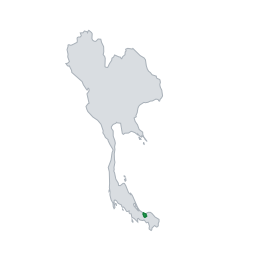 location of Thepha, Songkhla, Thailand, rotated 345°
{"feature_id": "78962969B41607332504146", "entity_name": "Thepha", "entity_type": "district", "adm_level": 2, "iso_a3": "THA", "parent_name": "Thailand", "parent_adm1": "Songkhla", "projection": "equal_earth", "projection_center": [100.93, 6.797], "detail": "fine", "context": "in_parent", "style": "filled", "palette": "green", "viewbox_px": 256, "rotation_deg": 345, "n_neighbors": 0, "source": "geoboundaries", "source_scale": "gbopen_adm2", "svg_char_len": 4608}
<svg xmlns="http://www.w3.org/2000/svg" viewBox="0 0 256 256"><g transform="rotate(345 128 128)"><path d="M113.4,24.5L113.6,25.5L114.4,24.2L115.4,23.5L117.5,26.4L117.8,27.7L116.3,32.3L116.5,33.9L117.5,35.1L118.6,35.9L119.9,35.7L122.2,34.3L124.7,35.2L124.6,38.3L125.5,43.2L124.3,48.2L123.0,50.7L124.0,52.9L124.0,54.9L121.6,62.8L122.1,63.4L123.6,64.2L124.3,64.0L126.9,60.9L129.7,58.5L130.6,56.4L132.4,55.8L134.0,54.0L137.8,57.1L138.8,57.4L139.2,57.9L139.4,59.3L139.9,59.5L141.4,57.7L144.0,56.5L145.0,53.8L146.2,53.0L146.0,51.7L146.4,51.2L148.5,51.0L151.7,52.5L152.8,52.8L153.3,52.4L158.4,61.1L161.7,64.5L162.5,66.7L161.8,72.6L161.9,75.9L162.6,78.5L164.0,80.3L165.0,82.8L168.8,85.3L168.5,85.9L168.8,87.5L171.1,89.3L171.3,89.9L171.1,92.3L170.0,94.1L169.8,95.6L169.8,97.4L170.4,100.2L169.7,105.9L168.3,107.5L166.5,108.6L165.5,110.2L164.8,109.8L164.4,108.2L162.4,107.3L158.5,108.2L156.6,107.8L154.0,108.3L151.4,108.1L149.9,107.4L145.7,108.7L144.0,109.8L142.7,111.5L140.8,115.6L138.8,118.2L138.9,119.3L136.5,119.9L136.6,123.5L138.0,127.4L138.4,132.3L141.1,135.8L140.6,138.2L140.9,140.6L143.0,146.0L141.5,143.4L141.2,141.7L139.4,139.0L138.8,140.3L136.8,138.2L135.9,136.2L135.6,137.1L133.5,134.3L131.4,132.7L130.2,132.0L127.2,133.0L123.5,132.2L122.0,133.0L121.5,132.5L121.1,131.7L122.1,121.5L118.9,120.2L118.3,119.5L117.6,120.3L114.5,120.7L112.2,122.6L111.9,124.1L112.9,127.0L111.6,132.0L112.0,136.8L111.8,139.4L110.2,142.7L109.8,145.4L108.0,149.5L106.8,154.7L106.5,157.7L104.3,162.3L103.8,164.9L103.1,165.8L103.4,167.9L103.0,174.2L104.3,178.8L104.0,180.9L105.5,181.7L109.0,180.2L110.2,180.6L110.9,183.1L111.8,190.6L113.3,192.9L113.6,191.8L114.3,193.0L114.9,195.2L116.7,207.1L117.7,210.2L116.6,209.4L115.9,205.6L114.9,205.5L115.3,203.1L114.6,202.3L113.6,203.0L113.6,204.8L116.4,210.7L118.1,210.9L120.3,213.5L122.7,215.4L125.8,214.7L127.9,215.3L129.1,216.9L131.1,221.0L134.3,224.3L133.8,226.4L132.5,228.1L131.9,230.3L131.0,231.0L129.8,231.0L128.5,229.1L125.3,230.8L124.6,232.5L123.8,233.0L122.3,231.1L122.5,230.0L123.3,228.4L123.1,224.3L121.2,224.3L119.9,221.2L119.5,220.9L118.6,221.3L115.6,219.9L114.7,218.0L113.8,218.1L113.1,221.4L110.5,217.0L108.6,215.2L108.9,211.9L107.6,211.2L107.1,210.3L107.6,208.3L105.9,208.6L105.0,208.1L104.0,204.5L103.2,203.1L102.1,203.1L101.7,202.4L101.8,200.7L99.0,198.2L98.1,195.4L96.8,194.1L95.9,194.5L95.1,196.5L94.4,196.4L93.8,195.8L93.1,193.0L93.2,188.0L94.1,185.2L94.6,180.6L95.9,176.7L98.6,165.4L98.7,161.0L103.3,154.6L106.4,147.4L107.4,146.3L107.9,145.0L106.3,139.1L105.5,135.1L105.7,134.0L103.7,131.3L103.2,128.2L102.7,127.2L102.5,126.1L103.3,124.3L102.9,117.4L100.7,112.7L96.9,108.3L93.5,101.8L93.1,99.6L93.0,96.3L95.7,94.2L96.8,94.0L97.2,84.4L99.6,82.5L100.1,81.7L100.4,80.1L99.8,79.2L98.3,80.8L98.0,80.4L96.1,74.7L95.7,71.3L88.1,59.8L88.4,57.8L87.4,52.8L86.2,52.8L85.5,51.9L84.7,49.6L86.2,49.9L88.6,48.7L88.2,43.8L89.2,41.1L89.4,36.5L91.2,33.7L91.5,32.4L92.5,32.2L93.8,33.2L95.2,33.3L100.9,32.1L101.6,30.8L102.0,28.3L102.5,27.5L103.8,27.3L105.3,27.8L106.8,26.8L106.5,23.8L109.2,24.4L111.0,23.0L113.4,24.5ZM95.2,197.8L94.8,201.5L93.7,202.3L93.4,200.1L94.0,196.7L94.3,197.5L95.2,197.8ZM112.7,176.3L112.5,178.1L111.5,178.7L111.3,176.7L112.7,176.3ZM136.5,139.8L137.7,142.3L136.3,142.1L136.1,139.7L136.5,139.8ZM108.3,220.3L107.7,219.2L108.2,217.5L108.7,219.6L108.3,220.3ZM97.0,198.2L96.8,200.2L96.2,197.5L97.0,198.2ZM112.7,174.7L112.2,174.5L111.7,173.4L112.4,173.4L112.7,174.7ZM101.7,204.3L102.3,206.6L101.6,205.5L101.7,204.3ZM139.6,146.5L139.4,147.9L138.8,147.3L139.2,146.2L139.6,146.5ZM93.9,183.6L93.3,184.1L93.8,182.7L93.9,183.6Z" fill="#d9dde1" stroke="#a8b0b8" stroke-width="1"/><path d="M120.4,217.0L120.5,217.2L120.5,217.3L120.7,217.5L120.7,217.8L120.6,218.0L120.6,218.3L120.5,218.5L120.6,218.4L120.8,218.3L121.0,218.3L121.0,218.2L121.1,218.3L121.1,218.5L121.3,218.5L121.5,218.6L121.7,218.4L121.8,218.3L121.9,218.2L122.0,218.2L122.0,217.9L122.1,217.7L122.3,217.7L122.2,217.7L122.3,217.7L122.5,217.7L122.5,217.8L122.8,217.8L123.0,217.9L123.1,218.0L123.2,217.9L123.2,217.7L123.0,217.4L122.9,217.5L122.8,217.4L122.7,217.4L122.8,217.3L122.8,217.2L122.8,216.9L122.8,216.7L123.0,216.5L123.0,216.4L123.1,216.2L123.0,215.9L123.0,215.7L123.0,215.8L123.0,215.7L122.8,215.5L122.7,215.5L122.4,215.4L122.2,215.3L122.2,215.2L121.9,215.0L121.6,214.7L121.4,214.5L120.9,214.0L120.7,214.1L120.6,214.3L120.6,214.2L120.4,214.1L120.5,214.2L120.5,214.3L120.6,214.5L120.5,214.8L120.4,214.9L120.3,215.0L120.4,215.3L120.3,215.5L120.4,215.8L120.5,215.8L120.6,216.0L120.6,216.3L120.6,216.5L120.4,216.7L120.4,216.8L120.4,217.0L120.4,217.0Z" fill="#22c55e" stroke="#15803d" stroke-width="1.5"/></g></svg>